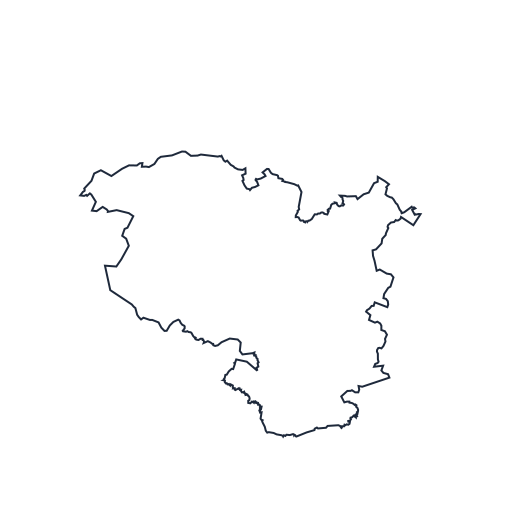 the district of Kazdangas pag., Aizputes, Latvia, rotated 306°
{"feature_id": "27541924B75570009017892", "entity_name": "Kazdangas pag.", "entity_type": "district", "adm_level": 2, "iso_a3": "LVA", "parent_name": "Latvia", "parent_adm1": "Aizputes", "projection": "albers", "projection_center": [21.685, 56.711], "detail": "fine", "context": "isolated", "style": "outline", "palette": "slate", "viewbox_px": 512, "rotation_deg": 306, "n_neighbors": 0, "source": "geoboundaries", "source_scale": "gbopen_adm2", "svg_char_len": 6148}
<svg xmlns="http://www.w3.org/2000/svg" viewBox="0 0 512 512"><g transform="rotate(306 256 256)"><path d="M220.1,78.7L209.6,77.4L208.8,78.6L207.8,79.0L206.2,78.3L201.7,78.2L203.6,81.6L205.7,82.8L205.4,84.0L209.0,84.8L208.9,86.7L205.7,94.6L196.3,96.6L198.6,100.7L205.6,103.1L205.9,107.9L205.4,109.8L204.6,110.2L211.2,116.3L215.9,127.9L216.1,133.3L203.3,135.4L200.7,133.8L193.7,135.9L193.7,140.8L189.5,147.1L174.1,149.0L165.4,149.2L159.4,139.5L142.7,158.2L143.8,184.0L143.1,186.9L143.0,189.0L138.6,194.4L137.7,197.0L137.1,200.3L139.9,201.2L141.9,207.7L143.3,209.6L145.0,216.2L142.4,221.5L141.6,226.0L143.0,227.7L149.1,227.1L154.1,227.9L158.8,230.5L158.9,232.1L157.7,234.2L157.0,236.7L157.4,239.0L157.1,239.7L155.5,240.8L152.4,240.7L152.2,241.2L153.6,243.9L154.8,244.6L154.9,246.2L155.9,248.0L155.8,249.1L154.3,252.3L153.8,254.8L155.2,255.2L153.3,255.5L153.2,256.7L154.2,258.8L156.5,259.8L157.6,261.4L156.7,262.2L157.1,262.8L156.1,264.5L154.9,264.8L158.8,267.1L159.3,270.1L159.2,272.2L159.7,273.0L158.7,273.9L159.2,275.8L161.3,277.6L166.0,278.8L173.8,283.3L177.7,290.3L177.0,294.5L169.7,298.7L168.4,302.9L175.5,310.5L176.8,311.3L175.9,311.6L176.2,311.9L175.2,312.5L175.5,312.6L174.9,313.4L175.2,313.7L174.7,313.8L175.0,315.1L173.9,316.0L173.6,317.9L172.7,318.3L171.5,320.6L170.2,320.3L167.9,322.9L165.9,322.1L164.5,323.9L164.0,323.7L165.1,310.7L160.7,300.8L157.9,301.7L156.7,301.3L156.5,302.3L151.1,304.0L150.4,302.6L146.6,301.8L142.8,302.1L141.8,301.1L138.9,302.4L137.7,302.3L137.2,303.1L136.3,302.6L136.9,304.1L135.6,304.9L135.2,306.6L135.9,307.1L135.4,308.4L136.2,309.0L136.0,310.3L136.7,310.3L136.3,311.4L137.3,311.2L137.6,313.4L136.3,314.1L136.2,315.1L135.4,315.3L136.5,316.6L135.4,317.4L135.4,318.1L138.9,319.8L138.5,320.4L139.1,320.8L138.2,321.8L139.0,322.6L138.1,323.0L137.4,324.7L138.2,325.5L138.1,326.0L139.2,326.2L138.1,328.1L138.5,328.3L138.7,329.2L137.7,329.5L138.8,330.6L138.3,331.4L138.5,331.7L138.1,333.2L137.1,334.5L135.6,335.3L134.3,334.8L132.6,336.1L133.5,338.0L135.8,338.3L135.9,339.5L136.5,339.5L136.2,340.5L136.6,340.4L136.8,341.1L137.3,340.2L138.1,340.9L137.6,341.7L138.1,342.5L137.6,343.9L138.1,344.2L137.0,345.1L137.7,345.8L137.7,346.6L137.1,346.9L137.2,347.6L136.3,348.0L137.3,349.1L134.8,350.2L134.5,350.1L134.7,349.7L134.5,349.2L133.3,350.2L132.9,349.7L131.7,351.4L132.8,352.4L127.1,355.3L126.7,356.3L127.0,357.8L126.2,357.7L125.2,359.2L123.0,363.5L120.4,366.6L119.7,368.9L121.0,369.9L123.2,374.3L123.8,377.5L125.9,381.8L126.3,383.3L125.9,384.1L127.4,384.0L127.7,385.5L129.3,385.7L131.0,388.6L133.7,390.7L133.9,391.7L133.5,392.1L133.9,392.1L134.1,393.1L133.5,394.1L133.7,394.8L143.1,400.7L149.5,405.6L150.8,405.0L153.0,406.1L152.9,407.5L158.2,413.6L160.6,413.8L167.5,422.1L167.9,423.8L167.1,426.2L167.6,426.3L168.5,425.2L170.0,427.3L171.5,426.8L171.6,427.8L173.1,428.3L173.7,429.8L175.2,430.3L176.9,429.5L176.3,428.0L176.8,427.6L177.9,428.8L179.7,428.8L180.1,427.8L180.8,427.5L182.1,428.6L184.2,428.8L184.1,431.4L184.8,430.7L184.7,431.6L185.8,432.0L186.8,430.0L187.3,430.0L186.9,430.9L187.4,430.5L187.7,430.9L189.3,430.2L189.3,429.5L190.5,429.7L191.6,429.0L192.7,427.4L192.9,425.6L194.3,425.0L194.3,423.7L193.5,423.4L193.7,421.8L193.4,419.9L192.3,417.8L193.1,417.1L191.7,415.2L189.5,413.5L192.5,407.5L200.5,409.2L202.5,411.8L203.8,412.5L204.0,416.4L205.8,418.9L208.5,418.1L211.1,415.4L212.7,418.8L236.0,435.4L238.0,432.3L236.3,427.8L237.1,424.7L242.0,423.3L235.8,416.6L238.8,415.9L240.9,417.3L242.5,417.3L244.0,415.4L248.6,412.0L249.8,410.0L251.1,409.2L253.4,409.0L254.4,410.0L255.0,411.8L258.1,412.0L262.9,411.0L264.8,409.1L269.3,408.2L270.9,404.5L269.8,400.9L273.3,398.4L274.4,396.1L274.2,392.8L272.0,391.4L270.7,385.0L275.4,383.3L275.7,377.8L277.3,377.6L280.1,378.7L283.6,378.9L284.8,380.5L288.3,379.3L291.8,392.3L294.4,391.5L296.9,389.2L297.7,386.4L296.8,383.9L300.6,382.0L308.0,381.7L310.2,382.8L319.5,379.8L320.5,375.9L318.6,372.1L317.8,364.1L315.0,362.3L321.8,354.7L324.9,350.6L329.1,347.0L331.9,349.2L340.0,350.2L344.2,348.0L349.2,348.6L350.7,347.8L356.4,346.6L356.9,345.3L358.6,344.7L362.4,345.5L364.7,347.8L367.2,347.9L367.4,349.1L368.5,350.2L371.1,351.0L372.8,350.4L373.4,365.2L386.6,364.5L385.7,363.0L383.3,360.8L383.4,360.0L382.8,359.9L385.1,355.2L388.2,356.9L388.3,355.4L386.6,353.3L387.0,352.9L378.5,350.2L375.5,348.3L376.2,348.5L377.3,347.6L377.9,345.1L380.8,340.0L380.9,338.2L382.7,333.8L383.1,331.5L382.4,330.0L381.8,326.8L382.0,324.5L387.7,322.2L388.2,320.9L392.2,321.4L392.3,316.2L391.6,308.0L387.6,310.8L384.3,308.7L373.6,310.0L369.2,306.8L361.7,304.7L363.1,301.6L357.7,294.7L357.0,292.7L354.2,288.4L353.8,290.1L354.2,290.7L353.7,292.0L352.6,292.8L351.8,294.2L349.6,295.0L349.9,295.3L349.5,296.9L348.1,296.9L346.8,295.1L345.4,294.6L344.9,293.5L345.3,291.4L346.4,290.0L345.8,288.6L345.5,289.2L343.3,287.2L341.7,286.8L337.9,288.1L337.1,287.2L335.3,286.9L335.1,287.3L335.3,287.6L334.6,287.8L334.9,288.5L331.5,289.3L330.2,286.4L330.6,285.6L330.4,284.3L329.5,283.2L327.9,282.7L326.9,281.3L325.5,280.9L324.2,279.0L318.7,279.4L316.1,278.5L315.4,277.6L314.0,277.5L314.4,277.0L313.4,277.5L314.0,276.9L313.8,276.4L313.0,275.7L312.1,276.0L311.8,274.8L312.2,274.6L312.4,273.2L310.9,271.4L310.9,270.6L312.2,267.9L311.8,266.5L310.8,265.3L312.2,264.4L316.3,263.9L316.9,263.1L319.1,263.5L320.8,261.7L334.5,255.2L337.9,248.6L337.2,248.1L336.6,244.7L334.1,238.1L333.0,236.1L333.2,235.9L332.2,233.2L333.5,233.1L333.8,231.9L332.1,228.4L333.8,226.6L333.8,225.5L332.0,221.3L332.1,219.1L333.8,215.1L332.9,213.7L327.5,212.2L327.1,215.0L326.3,216.7L321.4,214.3L318.5,211.8L318.4,210.7L317.8,210.7L317.2,211.0L316.6,213.4L314.6,216.4L311.2,214.6L308.8,212.6L305.8,212.4L306.2,211.4L305.1,208.9L306.4,205.2L308.8,200.9L310.2,201.3L311.6,199.9L313.1,197.3L316.5,199.2L320.7,195.9L317.8,194.6L315.5,190.5L314.9,186.6L315.3,185.2L314.9,182.0L316.2,176.6L314.3,175.8L314.4,173.7L316.8,169.2L315.7,168.8L315.4,167.8L314.0,166.7L305.7,151.8L302.9,149.7L298.8,144.5L298.9,137.6L297.0,134.7L288.0,128.9L280.3,120.7L276.9,119.5L270.7,119.7L265.0,117.1L263.7,114.5L261.1,111.2L264.4,109.5L262.7,107.5L259.2,106.4L254.7,100.0L247.9,96.4L235.7,92.0L234.2,80.1L227.6,76.6L220.1,78.7Z" fill="none" stroke="#1e293b" stroke-width="2"/></g></svg>